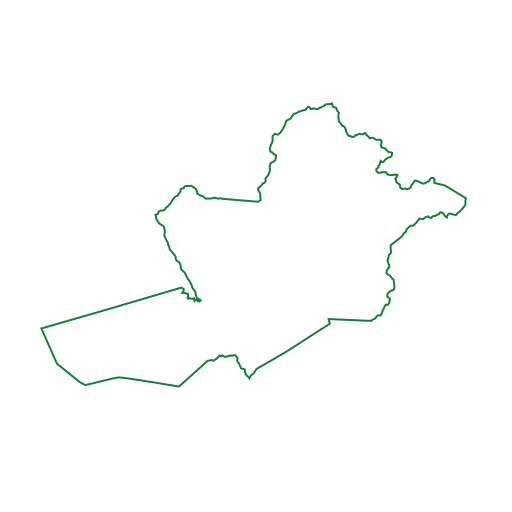 Codó, Maranhão, Brazil (Mercator projection), rotated 194°
{"feature_id": "56859067B76723264051142", "entity_name": "Codó", "entity_type": "district", "adm_level": 2, "iso_a3": "BRA", "parent_name": "Brazil", "parent_adm1": "Maranhão", "projection": "mercator", "projection_center": [-43.953, -4.619], "detail": "fine", "context": "isolated", "style": "outline", "palette": "green", "viewbox_px": 512, "rotation_deg": 194, "n_neighbors": 0, "source": "geoboundaries", "source_scale": "gbopen_adm2", "svg_char_len": 6022}
<svg xmlns="http://www.w3.org/2000/svg" viewBox="0 0 512 512"><g transform="rotate(194 256 256)"><path d="M423.2,103.5L418.4,101.2L401.8,93.5L396.0,90.8L390.2,89.5L365.4,102.5L359.5,105.1L349.5,106.4L326.0,108.5L304.0,110.3L299.1,110.8L298.3,112.0L280.2,138.6L279.5,139.8L278.7,140.8L277.9,142.3L275.4,143.6L273.7,144.3L272.0,144.0L271.2,145.1L269.6,146.6L268.7,148.0L267.8,149.4L267.5,150.6L265.5,150.2L264.5,151.5L262.0,150.6L260.2,151.1L259.3,151.9L258.1,152.2L257.1,153.3L255.1,153.4L253.9,154.1L252.7,154.9L251.0,153.9L249.0,152.3L249.2,150.4L247.9,148.6L246.5,147.7L245.5,146.2L244.2,144.7L243.5,143.4L242.3,143.2L241.0,143.3L239.4,143.2L238.6,140.7L237.0,138.4L235.9,137.7L234.1,136.7L232.9,135.7L232.4,137.2L232.2,138.3L231.6,139.4L230.6,140.5L230.0,141.4L229.4,143.0L228.6,145.2L228.3,146.4L214.9,159.3L203.8,170.1L195.5,178.9L179.4,196.1L167.9,208.2L170.3,212.4L140.7,218.4L134.2,219.7L128.4,221.0L127.3,222.6L125.7,223.8L124.7,225.3L124.3,226.7L123.4,227.8L120.7,228.5L120.2,229.7L119.8,234.3L119.2,236.8L118.7,239.0L118.4,240.1L116.4,240.5L115.5,242.1L115.5,244.9L115.4,246.4L116.9,247.7L118.4,248.0L119.0,249.0L119.2,250.9L118.5,252.7L116.5,255.2L114.9,255.7L114.0,257.2L114.2,259.5L114.8,261.3L116.8,266.4L118.9,267.3L120.6,268.9L122.4,269.5L124.5,270.3L125.4,271.1L125.5,273.0L125.2,275.0L124.3,276.8L123.9,277.9L125.8,281.0L126.9,282.5L127.3,283.9L127.3,285.3L127.2,287.8L127.2,289.4L126.0,291.1L125.8,292.3L127.2,295.8L128.0,298.9L127.1,300.1L125.7,301.8L123.9,304.3L123.0,305.4L121.8,306.9L121.1,307.8L120.0,309.1L118.9,310.8L118.5,312.2L118.2,313.4L117.6,314.5L116.5,315.5L116.4,317.7L115.7,319.2L114.9,320.7L113.1,322.9L111.2,323.3L109.9,324.5L109.5,325.8L108.6,326.8L106.4,331.9L102.8,332.1L101.9,333.5L100.6,334.9L98.4,336.1L97.2,335.3L95.1,335.3L94.5,336.7L93.8,337.5L91.8,338.2L90.9,339.4L89.9,340.0L88.6,340.8L88.2,341.9L87.7,343.1L85.6,343.0L84.3,342.6L83.3,341.3L82.1,340.3L80.1,339.6L80.1,341.7L79.3,343.4L77.6,344.2L72.9,343.9L71.5,344.6L71.0,345.9L70.6,347.0L69.4,347.8L67.6,351.0L66.4,353.5L65.6,355.2L65.3,356.4L65.5,358.1L66.2,360.1L66.3,362.8L86.0,369.0L90.2,370.1L100.7,370.1L101.0,371.9L101.2,373.4L102.6,374.6L104.5,374.3L105.4,373.4L106.2,370.6L107.4,369.6L108.5,368.7L109.3,367.9L110.1,367.2L111.4,366.7L112.8,366.7L114.2,367.1L116.2,367.4L118.4,367.9L120.0,367.7L121.6,363.7L122.5,361.8L122.3,360.5L123.5,358.5L125.7,357.3L127.3,357.6L129.8,356.5L132.2,356.8L133.2,358.8L134.0,360.3L135.4,360.5L136.4,361.0L137.8,361.7L138.1,363.2L139.5,364.6L138.8,366.3L138.7,367.6L138.3,368.7L139.3,369.1L140.4,368.6L142.0,368.2L143.0,367.5L144.5,367.1L146.4,366.9L147.9,366.9L149.1,367.7L150.4,368.8L153.5,368.0L154.9,367.2L157.6,366.2L159.2,367.2L160.0,368.2L160.3,369.3L159.7,370.3L158.6,371.6L159.1,373.3L158.2,374.6L158.1,376.0L158.2,377.2L158.0,378.4L156.9,377.6L155.6,377.8L154.7,378.9L154.2,380.1L153.5,381.5L152.4,382.3L151.5,383.5L150.4,384.0L149.4,384.6L148.9,385.7L148.6,387.1L148.9,389.0L150.1,389.2L151.6,389.1L152.8,388.9L154.2,389.9L156.4,391.3L158.4,391.8L160.3,391.7L161.4,393.0L161.6,395.3L161.7,397.3L162.6,398.6L164.5,398.6L166.1,398.2L167.8,397.8L169.4,398.6L171.0,399.0L172.2,398.7L174.3,397.7L175.7,398.9L177.2,399.8L178.5,400.5L179.8,401.8L180.8,401.0L181.8,399.9L183.3,399.6L185.3,399.6L186.4,398.9L187.1,397.9L188.8,397.1L190.2,395.0L192.1,394.8L193.3,395.2L194.7,395.1L196.2,395.7L197.3,397.2L198.5,398.2L199.3,400.0L200.9,402.3L202.1,403.0L203.6,403.3L205.0,404.2L206.0,405.1L208.2,406.8L208.9,408.8L209.5,410.4L210.1,411.5L210.0,413.5L210.3,415.2L212.3,416.5L213.8,419.0L215.3,419.3L217.2,419.3L218.4,420.9L219.4,422.5L220.3,421.6L221.4,421.1L222.8,420.8L224.7,420.1L225.6,419.4L226.5,417.8L228.0,416.8L229.1,415.6L230.3,415.2L231.0,413.9L232.4,413.1L235.9,413.2L238.1,411.8L239.2,412.5L240.4,413.5L241.6,413.2L242.7,411.4L243.1,409.9L245.2,408.9L249.2,406.5L252.2,403.6L253.5,403.3L254.9,400.5L255.5,397.9L258.1,395.6L259.3,394.6L259.6,390.5L260.7,385.5L262.2,381.6L263.8,379.4L264.9,378.9L267.2,379.2L268.8,376.7L268.7,374.8L267.6,371.8L268.3,367.4L268.7,363.7L268.1,361.9L266.6,360.4L265.2,360.5L263.3,359.1L261.1,358.6L260.5,357.6L260.5,353.9L261.1,352.6L264.2,349.7L264.5,346.5L264.2,345.2L263.4,343.3L263.2,341.7L263.3,340.2L263.5,339.0L263.8,337.1L264.4,336.0L264.9,334.8L265.5,333.5L265.0,331.6L264.9,330.0L265.7,329.0L267.0,328.0L267.5,326.4L268.5,324.9L269.2,323.5L270.3,322.3L269.9,320.7L267.2,317.8L266.3,315.2L266.0,313.9L265.0,311.4L266.2,310.3L267.2,309.1L302.4,303.4L304.7,303.4L306.2,302.6L310.9,302.4L312.3,301.4L314.0,300.8L317.1,300.0L319.0,299.5L321.7,301.1L324.2,301.2L327.9,302.3L328.8,304.0L329.7,305.4L330.7,306.5L331.9,307.1L334.4,308.0L335.6,308.4L336.7,308.2L339.4,307.3L341.6,306.7L342.4,305.6L342.6,304.1L344.5,303.4L345.3,302.7L344.9,300.2L346.0,297.7L346.4,296.0L347.7,294.8L349.0,293.8L349.7,292.2L350.6,290.1L350.9,289.0L351.6,286.4L352.7,284.6L353.6,282.6L355.0,281.4L355.4,279.1L356.5,278.4L357.3,277.6L359.3,277.1L360.5,276.2L361.1,275.3L361.6,272.8L363.5,271.7L362.6,270.4L362.2,268.7L360.9,267.0L359.2,265.3L357.4,264.0L355.1,263.3L353.4,262.8L352.5,262.0L351.3,260.0L350.7,258.6L350.2,256.8L350.0,255.1L350.0,253.8L348.9,252.4L347.5,250.6L346.2,249.1L344.7,247.4L344.0,245.8L342.6,244.1L341.6,242.1L340.2,240.8L339.1,240.0L337.6,239.0L336.6,238.0L335.2,237.3L334.0,236.1L333.6,235.0L333.2,233.8L332.0,232.4L330.5,231.8L329.4,231.4L328.4,230.7L327.1,229.1L326.6,228.0L326.4,226.9L325.6,225.3L323.8,224.0L322.7,223.5L321.5,222.8L320.4,221.9L319.5,220.4L318.5,219.4L317.7,218.6L316.8,217.3L315.6,216.5L314.4,215.6L312.9,213.9L311.2,211.9L310.6,210.5L308.8,208.6L306.4,207.0L304.8,203.1L303.0,200.8L301.1,200.3L299.0,199.7L299.7,198.2L301.6,198.0L302.3,199.2L303.5,199.4L304.7,197.5L306.1,200.0L307.5,199.0L310.2,198.9L311.2,198.1L312.4,198.8L312.0,200.7L312.9,202.9L314.3,202.6L316.4,203.0L318.6,202.4L317.8,205.2L318.2,206.4L319.5,206.9L320.7,207.3L347.3,191.7L356.6,186.2L373.7,176.2L378.2,173.5L389.6,166.9L395.8,163.2L424.1,146.9L427.6,144.8L446.7,133.8L423.2,103.5Z" fill="none" stroke="#15803d" stroke-width="2"/></g></svg>